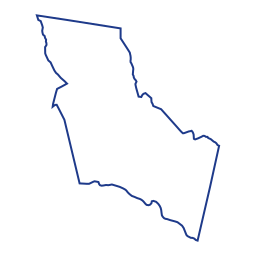 São João dos Patos, Maranhão, Brazil (Mercator projection)
{"feature_id": "56859067B96040325149331", "entity_name": "São João dos Patos", "entity_type": "district", "adm_level": 2, "iso_a3": "BRA", "parent_name": "Brazil", "parent_adm1": "Maranhão", "projection": "mercator", "projection_center": [-43.625, -6.566], "detail": "fine", "context": "isolated", "style": "outline", "palette": "blue", "viewbox_px": 256, "rotation_deg": 0, "n_neighbors": 0, "source": "geoboundaries", "source_scale": "gbopen_adm2", "svg_char_len": 2041}
<svg xmlns="http://www.w3.org/2000/svg" viewBox="0 0 256 256"><path d="M219.1,145.8L217.5,145.0L216.4,143.3L215.2,142.3L213.7,141.6L210.7,139.1L208.2,138.0L207.5,136.9L206.1,136.9L204.5,135.9L203.2,135.8L201.4,136.8L197.7,138.5L195.1,139.4L193.9,138.8L193.6,134.5L193.1,133.0L192.4,131.7L191.6,130.8L190.2,131.2L188.9,131.4L184.2,133.1L183.0,133.3L181.8,132.3L180.0,130.4L173.9,123.5L161.1,109.2L158.1,108.0L153.3,106.0L152.5,103.7L151.6,102.2L151.4,100.6L151.3,98.2L149.5,96.6L148.2,95.5L146.5,94.0L145.5,93.1L143.5,93.8L142.3,95.0L141.3,97.0L138.6,96.6L136.2,88.0L135.6,85.3L135.4,84.0L135.9,82.9L136.5,81.6L135.8,80.3L134.6,79.0L133.8,77.5L133.6,76.0L132.8,74.4L133.0,72.4L133.1,70.9L133.3,69.2L133.2,68.0L132.8,66.7L132.0,64.9L131.4,63.4L130.6,62.2L130.5,60.8L130.7,59.5L130.7,57.6L130.5,55.8L130.1,54.1L129.8,52.6L128.8,51.0L127.1,48.3L120.6,38.3L120.6,28.4L114.3,27.4L66.0,19.8L36.9,15.4L38.3,19.9L40.7,21.1L42.2,25.3L42.8,27.5L42.2,30.8L42.5,32.7L43.0,34.6L44.7,36.1L45.0,37.8L46.1,39.7L45.9,41.7L46.4,43.0L46.5,44.9L45.8,46.1L45.1,47.1L45.2,53.3L45.7,54.8L48.3,60.4L50.6,62.4L52.1,65.7L54.4,70.5L56.0,72.9L57.9,74.5L60.7,77.8L64.7,81.3L67.0,83.6L61.4,86.7L57.1,88.9L56.0,92.5L53.1,103.8L52.7,106.7L54.2,105.5L55.2,104.9L56.7,104.8L58.8,108.8L64.4,119.8L79.6,183.4L86.8,183.8L89.1,183.8L93.4,181.7L94.6,181.3L98.4,182.0L99.2,184.2L100.0,185.2L101.6,185.7L103.3,185.5L106.0,185.0L108.3,185.2L109.9,184.9L111.9,184.5L116.9,186.0L119.8,186.9L123.3,188.5L125.4,189.7L126.3,190.5L127.8,192.4L129.3,193.9L131.8,195.9L134.5,196.9L137.2,198.1L139.7,198.9L140.8,199.4L142.3,200.4L143.4,201.4L145.5,203.9L146.6,204.9L148.6,205.2L150.0,204.7L151.4,203.3L151.8,201.3L153.4,200.9L156.1,201.8L158.3,203.9L159.7,205.9L160.7,208.0L161.2,210.0L161.5,212.5L161.9,215.3L162.7,216.7L164.1,218.2L165.4,218.8L167.2,219.1L170.1,220.1L175.0,221.4L177.5,222.2L182.1,225.7L183.7,228.1L184.4,229.9L186.4,234.9L187.5,236.1L190.8,237.8L192.6,237.9L194.3,238.6L195.8,240.0L197.6,240.6L210.0,187.1L219.1,145.8Z" fill="none" stroke="#1e3a8a" stroke-width="2"/></svg>